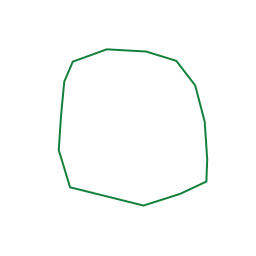 Derby, Mercator projection, rotated 331°
{"feature_id": "GBR-2058", "entity_name": "Derby", "entity_type": "Unitary Authority", "adm_level": 1, "iso_a3": "GBR", "parent_name": "United Kingdom", "parent_adm1": "", "projection": "mercator", "projection_center": [-1.464, 52.89], "detail": "fine", "context": "isolated", "style": "outline", "palette": "green", "viewbox_px": 256, "rotation_deg": 331, "n_neighbors": 0, "source": "natural_earth", "source_scale": "10m", "svg_char_len": 335}
<svg xmlns="http://www.w3.org/2000/svg" viewBox="0 0 256 256"><g transform="rotate(331 128 128)"><path d="M111.9,43.2L147.6,48.9L180.9,69.9L202.8,92.7L207.4,123.3L198.2,159.5L182.1,193.8L170.6,212.8L141.8,210.9L103.9,203.3L48.6,151.8L56.7,113.8L75.1,85.2L94.7,56.6L111.9,43.2Z" fill="none" stroke="#15803d" stroke-width="2"/></g></svg>